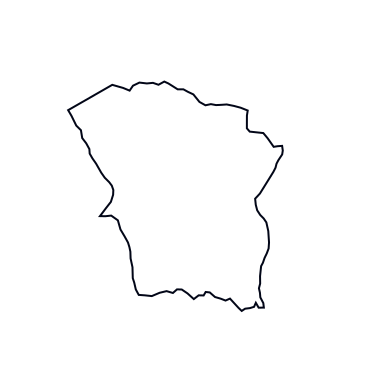 Nossa Senhora das Graças, Paraná, Brazil, rotated 327°
{"feature_id": "56859067B74231100015306", "entity_name": "Nossa Senhora das Graças", "entity_type": "district", "adm_level": 2, "iso_a3": "BRA", "parent_name": "Brazil", "parent_adm1": "Paraná", "projection": "natural_earth1", "projection_center": [-51.797, -22.919], "detail": "fine", "context": "isolated", "style": "outline", "palette": "ink", "viewbox_px": 384, "rotation_deg": 327, "n_neighbors": 0, "source": "geoboundaries", "source_scale": "gbopen_adm2", "svg_char_len": 1582}
<svg xmlns="http://www.w3.org/2000/svg" viewBox="0 0 384 384"><g transform="rotate(327 192 192)"><path d="M183.5,58.7L132.7,55.9L132.4,62.5L131.1,73.3L132.5,79.7L129.3,87.0L129.8,93.6L129.3,100.1L127.1,104.1L126.8,109.6L127.0,116.0L126.4,126.3L126.6,132.5L127.9,138.6L128.2,143.0L127.1,147.5L124.3,151.4L118.6,156.1L111.6,158.5L101.7,162.1L106.1,165.1L111.4,167.8L114.4,175.4L111.6,184.5L111.3,192.4L110.8,199.5L109.5,204.1L107.8,208.5L104.3,214.3L101.1,222.7L95.4,232.0L94.2,236.5L91.8,243.1L91.3,249.3L96.2,253.0L101.6,257.4L110.0,258.9L116.7,261.3L121.0,266.3L126.4,265.5L130.3,268.2L133.0,274.6L135.2,282.8L141.3,282.3L145.4,285.1L149.0,283.3L152.2,285.9L154.1,292.6L157.9,297.0L161.0,301.3L165.8,302.1L167.9,314.5L168.9,318.8L173.0,318.8L177.3,320.9L181.5,322.1L185.2,319.7L184.9,325.3L189.3,328.1L191.3,324.0L191.9,317.6L194.1,313.5L195.7,309.2L199.3,305.9L203.2,299.7L209.6,291.8L212.9,290.0L217.0,286.8L221.3,284.2L225.5,281.1L229.1,276.3L231.5,272.0L234.7,266.3L237.8,258.0L237.7,253.2L236.7,248.4L236.7,242.9L238.5,237.5L241.3,232.0L248.1,230.3L260.9,224.3L271.1,219.5L275.3,217.1L278.3,214.3L281.7,212.4L288.1,209.6L290.7,206.7L292.7,202.4L288.7,200.2L285.1,198.6L284.7,188.0L283.9,181.4L273.3,172.8L272.7,168.5L275.5,164.2L279.7,157.8L283.1,154.0L278.7,147.8L274.1,142.7L268.8,137.5L263.6,134.6L259.5,132.2L255.7,128.6L250.5,126.6L247.3,120.5L246.3,110.9L243.1,105.7L240.7,101.2L235.9,98.1L233.3,92.4L231.3,88.1L228.9,84.3L222.3,83.8L218.7,79.2L213.3,76.4L207.5,71.6L200.4,70.7L194.9,73.0L190.9,67.2L183.5,58.7Z" fill="none" stroke="#020617" stroke-width="2"/></g></svg>